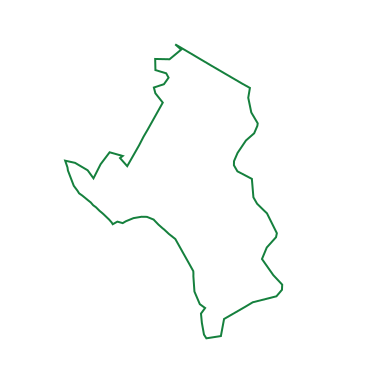 the district of St. Louis, Missouri, United States of America, rotated 119°
{"feature_id": "52423323B93973889783850", "entity_name": "St. Louis", "entity_type": "district", "adm_level": 2, "iso_a3": "USA", "parent_name": "United States of America", "parent_adm1": "Missouri", "projection": "orthographic", "projection_center": [-90.401, 38.639], "detail": "fine", "context": "isolated", "style": "outline", "palette": "green", "viewbox_px": 384, "rotation_deg": 119, "n_neighbors": 0, "source": "geoboundaries", "source_scale": "gbopen_adm2", "svg_char_len": 1332}
<svg xmlns="http://www.w3.org/2000/svg" viewBox="0 0 384 384"><g transform="rotate(119 192 192)"><path d="M71.0,278.2L72.7,270.5L86.8,276.0L93.5,288.7L103.1,283.1L100.7,272.1L103.4,267.9L111.3,268.8L119.1,276.0L123.4,271.9L128.0,260.9L157.8,261.0L158.8,261.0L167.0,261.2L176.9,260.9L200.8,261.2L197.2,271.4L194.1,270.1L197.2,283.3L212.0,285.4L227.8,284.8L223.6,293.8L223.2,308.4L226.1,318.1L230.9,312.8L233.3,311.0L243.9,298.4L246.5,292.6L247.9,290.1L248.3,286.3L249.7,278.6L250.2,275.5L251.5,272.0L251.9,268.6L253.3,263.7L253.8,261.0L254.3,258.7L256.2,251.5L256.2,251.4L257.6,247.5L258.6,245.7L254.1,242.9L252.8,237.5L249.7,235.7L243.2,230.5L238.1,224.1L235.6,219.4L234.7,212.1L234.9,211.7L236.8,205.5L238.0,200.1L238.3,198.2L239.9,191.8L241.2,183.8L248.0,172.8L249.2,170.9L255.6,160.5L260.6,152.5L262.5,151.3L265.1,149.9L277.9,141.6L286.3,130.8L287.1,124.3L294.0,125.2L301.7,119.9L310.9,112.4L313.0,108.5L304.0,96.9L287.5,102.4L266.6,89.8L259.0,85.4L242.3,67.6L233.9,65.9L229.3,68.2L225.3,80.6L216.7,98.3L204.3,99.7L190.8,96.6L186.9,97.8L174.3,116.1L173.3,120.0L170.7,129.4L166.9,135.7L151.5,146.0L151.9,162.3L148.3,168.3L144.7,170.2L135.7,171.1L120.8,169.8L110.5,166.1L102.5,166.9L100.1,167.8L93.7,178.7L82.3,188.5L72.9,191.8L72.9,200.8L72.1,237.0L71.1,273.0L71.0,278.2Z" fill="none" stroke="#15803d" stroke-width="2"/></g></svg>